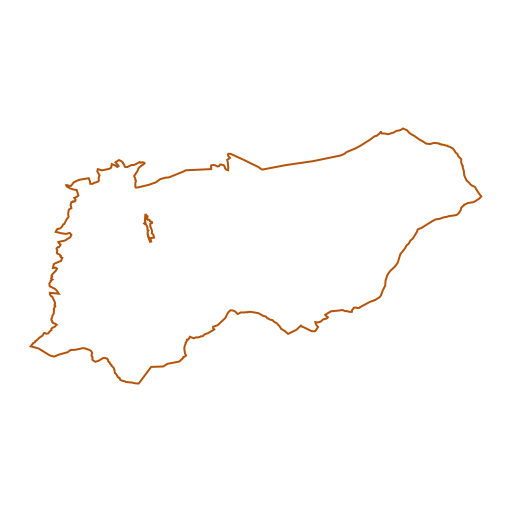 outline of Lueta, Harghita, Romania
{"feature_id": "2599482B79550894620370", "entity_name": "Lueta", "entity_type": "district", "adm_level": 2, "iso_a3": "ROU", "parent_name": "Romania", "parent_adm1": "Harghita", "projection": "equal_earth", "projection_center": [25.533, 46.294], "detail": "fine", "context": "isolated", "style": "outline", "palette": "amber", "viewbox_px": 512, "rotation_deg": 0, "n_neighbors": 0, "source": "geoboundaries", "source_scale": "gbopen_adm2", "svg_char_len": 5963}
<svg xmlns="http://www.w3.org/2000/svg" viewBox="0 0 512 512"><path d="M481.3,196.5L478.9,193.4L474.8,186.9L471.7,185.4L470.4,184.4L469.3,182.9L466.4,180.2L464.3,175.5L463.8,170.9L462.7,167.3L462.8,166.1L462.5,166.0L461.2,162.5L461.2,159.2L458.3,156.2L457.3,153.8L455.7,152.7L454.8,151.1L452.9,148.5L450.2,147.0L447.9,146.3L447.5,145.7L446.1,145.6L443.3,144.7L441.3,144.7L440.8,144.1L439.4,144.0L438.8,143.4L434.0,142.9L429.9,144.1L425.9,143.5L422.5,141.2L419.5,139.6L414.2,135.8L411.1,134.2L409.0,132.6L406.9,130.1L402.8,128.5L401.6,129.5L399.1,130.5L396.6,130.8L393.7,132.5L388.2,134.2L387.2,134.2L385.6,133.6L381.7,133.4L380.8,131.8L380.8,131.1L380.5,132.5L377.0,135.6L374.4,136.4L370.3,139.5L360.5,145.7L355.9,148.2L346.4,152.2L344.5,153.8L340.6,155.5L313.3,161.1L285.3,165.2L262.2,169.6L258.1,166.9L243.2,159.6L230.5,153.8L228.4,153.8L228.0,154.3L228.1,155.8L229.9,157.9L227.2,159.9L227.9,162.9L228.0,165.2L228.3,167.3L228.1,170.2L226.1,169.6L225.1,168.3L224.2,165.6L223.5,165.2L221.0,164.5L220.0,164.6L219.1,166.1L217.5,166.5L215.4,165.4L213.2,164.9L211.2,165.4L210.9,166.7L211.3,167.7L211.1,168.4L211.2,169.1L185.7,170.3L183.5,171.5L168.6,177.5L165.8,177.6L160.3,179.1L155.7,182.4L148.9,184.8L138.1,187.4L135.9,187.6L135.3,186.6L135.4,182.6L136.0,181.1L135.3,179.6L135.3,178.5L134.1,176.1L137.5,171.0L138.3,168.7L139.4,167.2L144.1,163.9L145.0,162.4L144.5,162.8L142.2,162.2L141.1,162.7L140.4,162.6L139.8,162.0L134.3,164.9L131.2,165.1L127.4,167.0L125.6,167.1L125.1,167.0L124.7,166.4L124.2,165.2L124.3,164.7L123.0,163.3L123.0,162.7L121.5,161.2L118.9,160.1L115.5,162.3L118.6,166.0L117.3,167.0L115.0,165.3L111.8,164.1L111.2,167.4L110.4,168.3L108.9,168.9L102.0,170.4L97.8,169.1L97.3,171.4L99.6,175.4L98.7,177.5L98.8,180.8L98.2,181.5L95.3,182.6L94.1,182.8L92.7,183.8L90.3,183.8L89.9,181.3L88.7,178.2L79.4,179.8L77.0,180.7L73.8,182.3L71.0,185.9L69.3,185.9L67.5,185.2L66.2,185.2L66.7,186.4L70.0,188.4L74.2,189.7L76.6,189.9L78.4,195.5L77.5,196.4L76.5,196.7L75.3,197.7L74.3,197.9L75.6,199.9L75.3,200.8L74.7,201.0L74.6,201.4L73.3,201.4L73.4,201.7L73.0,202.0L71.8,202.0L71.3,202.3L70.6,205.0L71.4,208.1L68.8,209.7L68.1,213.8L68.6,216.6L66.0,220.4L64.8,223.0L64.2,224.0L63.2,224.4L62.1,226.5L61.1,227.6L59.9,228.5L57.7,228.9L57.0,229.3L55.7,231.9L61.6,233.3L66.3,233.9L69.6,232.9L71.4,234.8L70.6,236.6L69.6,237.8L66.8,239.2L65.8,240.1L64.4,240.7L58.4,241.9L58.5,242.6L60.6,244.8L58.9,247.3L57.6,247.2L56.6,248.3L56.6,249.1L57.3,250.2L56.8,252.9L57.3,253.6L58.8,254.2L60.5,255.4L60.9,255.8L60.9,256.3L60.5,256.7L60.8,257.2L62.3,257.8L60.9,261.0L55.0,263.4L53.8,264.2L52.9,268.0L55.6,267.6L57.0,268.8L55.7,270.8L52.6,274.0L51.6,275.5L52.1,276.3L51.8,276.5L52.1,276.8L51.1,278.5L52.5,279.5L50.7,280.6L50.9,281.3L49.3,283.5L49.7,286.3L55.0,288.9L56.8,290.7L58.8,293.7L49.8,292.8L49.8,293.8L50.4,295.2L50.9,295.9L52.4,296.9L54.6,301.7L55.0,303.1L54.9,304.4L54.5,305.0L55.2,305.8L55.3,306.5L54.7,306.8L53.9,308.8L53.7,309.5L54.1,309.9L54.1,310.5L53.7,311.9L53.8,313.5L52.6,315.3L51.7,318.7L51.3,319.0L51.4,320.1L52.4,321.4L52.2,322.0L53.0,323.0L55.5,323.9L56.4,324.6L56.0,324.7L56.0,325.3L55.1,326.5L52.0,328.1L51.4,329.0L51.5,330.1L50.1,331.0L48.2,333.4L46.4,333.7L44.8,333.0L44.0,333.1L42.3,335.8L39.5,337.6L36.2,340.8L35.4,341.0L35.0,342.2L33.2,343.1L30.7,346.3L38.6,348.5L49.8,355.4L54.2,356.6L58.6,354.7L67.6,352.2L70.6,350.0L75.2,349.8L83.1,348.1L85.7,348.6L89.5,350.0L91.2,351.1L92.2,353.0L91.5,355.1L91.5,355.7L92.0,356.2L91.9,356.5L92.5,357.2L92.4,359.6L92.7,360.1L95.3,361.8L98.5,360.8L103.3,358.0L104.6,357.9L107.3,358.7L107.6,359.5L108.2,360.0L108.1,361.0L108.7,361.9L109.6,362.3L110.0,363.7L111.5,365.0L111.4,365.7L113.4,367.5L114.0,368.5L115.1,373.2L115.9,373.8L117.3,375.9L117.8,377.2L119.1,377.6L119.2,378.2L119.8,378.4L120.0,379.7L122.0,380.7L124.8,381.3L125.8,382.0L132.2,382.6L135.9,383.4L138.7,383.5L151.2,366.9L163.2,366.5L167.5,363.8L179.0,361.6L180.0,360.9L183.1,358.0L183.3,357.1L185.0,356.5L186.0,355.5L185.0,353.3L184.3,348.8L184.7,345.9L185.7,343.6L185.5,343.0L186.8,341.0L186.9,339.7L188.2,339.6L189.5,337.9L189.9,336.8L194.0,338.3L195.6,337.4L198.1,337.4L199.9,336.9L200.9,336.3L202.5,336.3L204.9,334.2L207.9,333.2L214.1,329.6L214.3,329.4L213.2,328.3L213.1,326.8L217.6,325.2L225.2,318.1L228.1,312.5L230.5,310.3L232.1,310.3L235.1,311.4L237.7,314.0L241.0,312.4L244.5,312.5L245.3,312.2L247.3,312.4L247.8,312.0L250.6,311.8L258.5,313.2L263.2,315.9L266.0,316.6L267.3,318.3L267.9,318.4L270.3,319.7L272.4,320.1L274.4,322.0L276.6,323.1L279.7,326.4L281.1,328.8L284.8,331.0L288.1,333.9L296.4,329.8L301.0,325.6L302.1,326.7L303.4,327.1L311.5,331.1L314.2,331.3L315.3,331.0L318.1,327.0L317.0,325.8L315.6,323.6L315.4,322.1L317.5,322.5L320.7,321.6L323.0,319.5L327.1,318.3L327.9,317.3L325.6,315.5L325.2,314.8L331.0,311.3L340.2,310.4L341.6,310.0L342.9,310.2L345.0,311.1L347.6,311.2L349.3,311.9L351.8,311.9L352.1,310.0L353.8,308.1L353.8,307.7L355.6,307.5L357.8,308.1L359.5,307.8L359.8,307.3L367.1,303.4L369.6,302.0L375.1,300.0L379.5,297.3L380.9,295.5L382.6,290.8L385.2,285.6L385.5,280.9L387.1,275.7L388.4,273.4L390.5,270.7L395.1,266.4L397.4,263.2L398.0,261.8L400.3,254.2L404.8,248.6L406.8,245.1L408.6,243.9L410.3,240.7L413.0,238.3L416.9,231.9L417.6,229.8L418.0,229.3L421.5,227.9L432.2,221.2L435.7,219.4L439.3,218.9L443.9,217.3L446.9,216.8L449.1,216.1L455.6,215.2L457.2,214.6L458.9,212.9L460.1,211.1L460.9,209.7L461.2,207.8L463.3,205.7L463.9,205.5L464.1,204.8L468.1,203.0L473.6,202.1L478.7,199.0L481.3,196.5ZM146.8,219.2L147.4,219.7L147.9,219.4L149.5,219.9L149.8,221.0L151.8,221.9L152.1,222.4L151.9,223.1L150.3,223.7L150.2,226.1L151.7,229.8L152.0,231.1L151.9,233.4L153.2,234.5L154.1,237.6L150.3,238.2L151.2,241.5L150.1,241.8L148.4,237.5L148.8,237.2L148.4,236.2L148.0,236.1L148.0,234.4L147.5,233.9L147.8,231.1L148.3,230.5L147.5,230.0L147.3,226.7L145.9,224.3L145.1,224.2L144.2,223.5L145.4,222.8L145.3,221.8L144.9,221.7L145.3,214.7L146.0,214.7L146.3,215.7L147.1,215.8L147.6,216.3L147.7,216.8L146.9,217.5L146.8,219.2Z" fill="none" stroke="#b45309" stroke-width="2"/></svg>